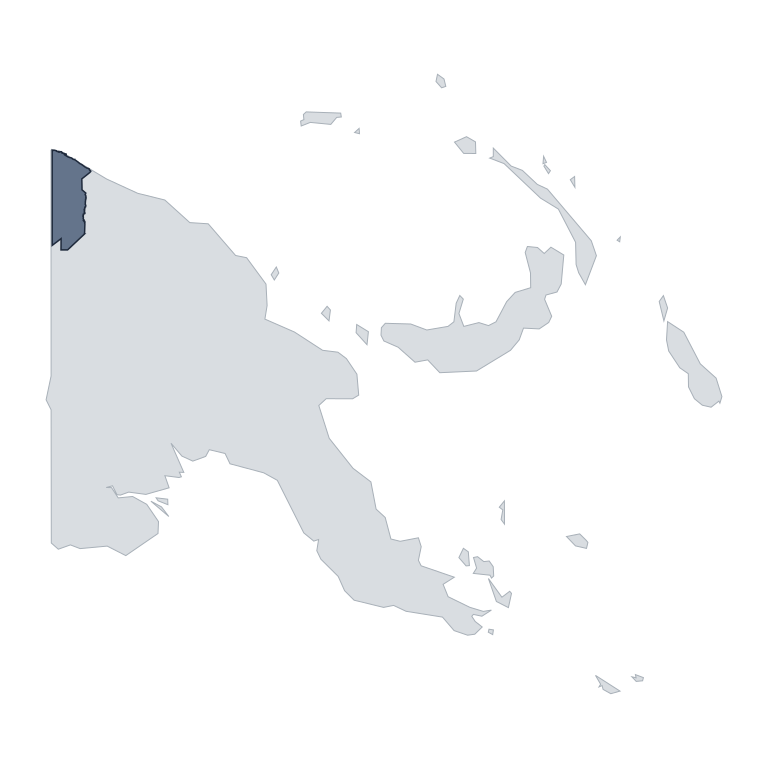 location of Vanimo/Green River District, Sandaun, Papua New Guinea
{"feature_id": "67681753B35177268475700", "entity_name": "Vanimo/Green River District", "entity_type": "district", "adm_level": 2, "iso_a3": "PNG", "parent_name": "Papua New Guinea", "parent_adm1": "Sandaun", "projection": "equal_earth", "projection_center": [141.584, -3.431], "detail": "fine", "context": "in_parent", "style": "filled", "palette": "slate", "viewbox_px": 768, "rotation_deg": 0, "n_neighbors": 0, "source": "geoboundaries", "source_scale": "gbopen_adm2", "svg_char_len": 7477}
<svg xmlns="http://www.w3.org/2000/svg" viewBox="0 0 768 768"><path d="M51.3,543.0L51.1,409.8L46.1,399.8L51.1,376.0L51.0,150.3L60.5,151.4L106.6,179.0L137.7,193.3L164.8,200.0L189.8,222.6L208.2,223.8L235.6,255.5L246.6,257.7L266.0,284.1L267.1,305.5L264.9,319.1L294.4,332.0L322.6,350.3L337.9,352.2L346.4,358.6L356.9,374.2L358.7,395.1L352.6,398.8L326.2,398.7L318.8,405.5L329.2,438.3L353.0,468.3L370.9,481.9L376.1,509.1L385.2,517.5L390.9,539.0L400.2,541.3L418.4,537.8L421.2,546.7L418.4,560.3L421.1,565.8L454.3,577.2L443.1,584.3L448.1,596.7L469.8,607.3L483.3,611.4L491.4,610.1L481.9,616.2L473.4,614.4L471.8,616.3L475.2,621.5L482.2,627.0L474.8,634.2L467.6,635.2L454.1,630.6L442.5,617.1L406.1,611.3L393.6,605.4L383.6,607.4L354.1,600.2L344.6,590.7L338.2,576.4L320.9,559.2L316.8,550.7L318.6,539.5L313.8,541.1L303.8,532.9L277.3,480.3L263.7,472.8L230.0,463.8L225.1,453.5L209.3,449.7L205.7,456.4L192.8,461.1L181.9,456.1L171.0,443.2L183.8,472.4L179.3,472.2L181.4,476.8L179.0,477.5L164.9,475.7L169.1,487.8L145.9,494.4L128.7,492.1L120.4,495.1L117.0,494.7L112.5,485.8L106.2,487.5L111.5,487.6L118.2,497.9L132.6,496.5L146.7,504.3L158.5,521.6L158.0,533.5L125.8,555.6L107.2,546.1L80.1,548.6L70.4,544.9L58.3,549.2L51.3,543.0ZM537.5,247.5L544.2,253.5L550.9,247.2L563.8,255.0L561.2,284.0L557.0,292.0L546.0,295.0L544.6,299.3L551.7,316.3L548.7,322.5L539.2,328.9L523.5,328.1L519.2,339.9L510.5,350.3L476.5,371.0L439.8,372.7L427.7,359.9L415.0,362.2L398.1,347.2L383.9,341.0L381.0,335.2L381.4,327.7L385.3,323.3L410.7,324.0L426.8,330.0L448.0,326.4L453.9,321.8L456.2,303.2L459.8,295.5L463.3,299.1L458.9,313.5L463.8,326.4L478.9,322.6L488.5,325.6L496.0,321.8L506.7,301.6L515.2,292.4L530.7,287.7L530.5,272.9L525.2,252.5L527.4,246.5L537.5,247.5ZM721.9,396.6L719.9,403.2L718.9,401.1L711.1,407.2L702.3,405.2L694.4,398.7L688.5,386.9L688.3,373.7L679.8,367.8L668.7,351.0L666.5,339.9L667.6,321.6L683.8,332.2L700.3,363.9L716.1,378.1L721.9,396.6ZM596.4,255.7L585.4,284.7L578.7,272.8L576.1,264.5L575.6,242.3L558.4,209.1L540.5,198.1L504.1,163.6L489.7,158.1L493.3,156.6L493.3,148.1L511.2,166.1L522.4,170.4L537.3,184.4L547.4,189.1L591.3,240.8L596.4,255.7ZM306.2,111.9L340.7,113.1L341.3,117.0L336.7,117.4L330.8,124.4L310.3,122.4L301.2,126.0L300.6,121.1L303.9,119.6L303.4,114.5L306.2,111.9ZM477.6,556.7L483.8,561.6L489.2,561.0L493.2,566.7L493.7,576.0L491.5,578.1L490.0,575.2L473.3,573.4L476.6,568.1L473.5,557.5L477.6,556.7ZM475.8,153.5L463.7,153.4L454.5,142.1L466.5,136.7L475.5,141.9L475.8,153.5ZM501.9,597.2L509.7,591.3L511.5,593.4L508.4,607.6L496.4,601.5L488.4,578.5L501.9,597.2ZM566.5,536.5L579.7,533.9L586.0,540.1L587.9,542.4L586.5,548.4L575.5,545.9L566.5,536.5ZM595.5,675.4L620.0,691.1L610.8,693.7L603.1,689.4L602.1,685.6L599.0,686.9L600.6,684.2L595.5,675.4ZM367.0,344.7L356.1,332.7L356.7,324.5L368.4,331.7L367.0,344.7ZM469.4,565.6L466.1,565.9L458.9,557.6L463.4,548.3L468.3,551.8L469.4,565.6ZM663.9,320.9L659.2,301.5L663.4,295.6L667.6,308.0L663.9,320.9ZM329.0,320.9L321.4,313.3L327.1,306.3L330.4,310.0L329.0,320.9ZM445.8,86.4L441.6,87.8L436.0,81.5L437.5,74.3L444.0,79.0L445.8,86.4ZM278.8,273.0L274.3,280.0L271.2,274.7L276.3,267.0L278.8,273.0ZM504.4,500.9L504.5,524.1L501.1,519.5L502.8,509.9L499.3,507.2L504.4,500.9ZM161.5,506.9L168.8,516.5L150.9,501.2L161.5,506.9ZM167.9,504.7L158.1,500.8L156.1,497.8L167.7,499.2L167.9,504.7ZM643.4,677.6L642.6,680.8L636.2,681.4L631.9,676.8L636.1,677.8L635.4,674.6L643.4,677.6ZM574.6,176.5L574.9,187.3L570.3,179.7L574.6,176.5ZM550.4,170.7L548.5,173.6L543.9,166.1L544.8,164.6L550.4,170.7ZM493.4,629.9L492.7,634.6L488.3,632.2L489.0,629.2L493.4,629.9ZM546.5,162.4L543.0,163.7L543.6,156.3L546.5,162.4ZM359.1,128.4L359.5,133.7L354.6,132.5L359.1,128.4ZM620.3,236.9L619.7,241.8L617.1,240.2L620.3,236.9Z" fill="#d9dde1" stroke="#a8b0b8" stroke-width="1"/><path d="M90.8,171.4L90.8,171.1L90.7,171.0L90.5,170.8L90.3,170.7L90.2,170.6L89.8,170.3L89.8,170.2L89.7,170.1L89.5,169.9L89.4,169.8L89.3,169.3L89.4,169.2L89.2,168.9L88.8,168.8L88.7,168.6L88.1,168.4L87.7,168.3L87.2,168.1L86.9,168.0L86.7,168.0L86.4,167.9L86.1,167.6L85.8,167.4L85.7,167.3L85.0,167.0L84.5,166.6L84.4,166.5L84.1,166.3L83.9,166.2L83.6,166.0L83.3,165.7L83.0,165.5L82.9,165.4L82.7,165.3L82.4,165.1L82.3,164.9L82.1,164.8L81.9,164.6L81.7,164.6L81.5,164.4L80.9,164.2L80.6,164.6L80.7,164.3L80.8,164.1L80.7,164.0L80.0,163.7L79.4,163.2L78.9,162.8L78.6,162.6L78.4,162.4L77.6,161.7L77.4,161.6L77.6,161.6L77.1,161.4L76.2,160.7L75.9,160.5L75.7,160.3L75.2,160.0L74.7,159.7L74.3,159.6L73.9,159.5L74.0,159.4L73.6,159.4L73.3,159.3L72.7,159.0L72.6,158.9L72.5,159.0L72.4,159.2L72.4,159.3L72.4,159.2L72.5,158.8L72.5,158.6L72.4,158.5L72.1,158.3L71.6,158.1L71.3,157.9L71.1,157.8L70.5,157.7L69.8,157.6L69.3,157.4L69.0,157.3L68.4,157.1L68.0,156.9L67.9,156.7L67.7,156.7L67.4,156.6L67.1,156.4L66.9,156.2L66.7,156.0L66.4,156.0L66.3,155.8L66.1,155.8L66.0,155.7L65.9,155.4L65.9,155.1L66.1,154.9L66.2,154.7L66.2,154.3L66.1,154.2L66.0,153.9L65.8,153.9L65.7,153.9L65.6,154.0L65.5,154.3L65.5,154.5L65.6,154.9L65.6,155.0L65.4,155.2L65.2,155.2L64.8,155.0L64.5,154.8L64.4,154.7L64.3,154.4L64.3,154.2L64.5,153.9L64.7,153.7L64.4,153.5L64.2,153.7L63.9,153.3L63.6,153.2L63.4,153.2L63.2,153.4L62.8,153.3L62.7,153.1L62.5,152.8L62.5,152.7L62.3,152.5L62.2,152.5L61.9,152.7L61.8,152.2L61.4,151.7L60.7,151.8L60.5,151.7L60.4,151.7L60.0,151.9L59.9,151.9L59.8,152.1L59.6,152.2L59.3,152.1L59.0,152.1L58.8,151.8L58.7,151.8L58.7,151.7L58.5,151.8L58.5,151.7L58.4,151.5L58.2,151.5L57.9,151.4L57.2,151.4L56.8,151.4L56.6,151.3L56.5,151.2L56.4,150.9L56.3,150.7L56.1,150.7L55.8,150.6L55.7,150.6L55.3,150.6L54.9,150.2L54.0,150.2L53.8,150.2L53.6,150.1L53.2,150.3L52.9,150.6L52.8,150.4L52.7,150.3L52.4,150.1L52.2,150.0L52.2,245.4L61.1,238.6L61.0,249.9L67.6,249.9L84.5,234.0L84.3,234.0L84.3,233.9L84.6,232.5L84.9,223.7L84.7,223.5L84.7,223.3L84.7,223.1L84.7,222.8L84.7,222.7L84.8,222.6L84.7,222.5L84.8,222.4L84.8,222.0L84.9,221.8L84.8,221.7L84.7,221.8L84.4,221.6L84.4,221.3L84.2,221.4L84.0,221.2L83.9,221.1L84.1,221.1L84.1,220.9L84.0,220.7L83.9,220.6L84.0,220.5L84.0,220.3L83.9,220.3L83.8,220.0L83.8,219.9L83.7,219.9L83.7,219.7L83.6,219.4L83.4,219.2L83.3,218.9L83.2,218.8L83.2,218.7L83.2,218.4L83.3,218.4L83.3,218.1L83.3,217.9L83.4,217.7L83.3,217.4L83.3,217.2L83.2,216.9L83.1,216.7L82.9,216.4L82.9,216.2L83.0,216.0L83.3,216.0L83.3,215.8L83.3,215.7L83.3,215.3L83.2,215.2L83.3,215.1L83.2,214.9L83.2,214.7L83.3,214.1L84.5,213.8L84.5,213.7L84.8,213.5L84.9,213.4L84.8,213.2L84.7,213.0L84.7,212.9L84.7,212.6L84.8,212.5L84.7,212.3L84.4,212.3L84.5,212.0L84.5,211.9L84.5,211.7L84.4,211.6L84.4,211.4L84.5,211.2L84.4,211.1L84.5,211.0L84.4,210.9L84.4,210.7L84.3,210.4L84.4,210.2L84.3,209.8L84.6,209.9L84.6,209.6L84.6,209.3L84.7,209.2L84.8,208.9L84.7,208.7L84.7,208.1L84.8,208.0L84.9,207.9L84.8,207.5L84.8,207.4L85.0,207.3L85.0,207.2L85.1,206.9L85.3,206.9L85.4,207.0L85.6,206.9L85.7,206.6L85.6,206.3L85.6,206.2L85.7,205.9L85.8,205.7L85.7,205.1L85.5,204.7L85.3,204.5L85.4,204.3L85.4,204.2L85.3,203.7L85.3,203.3L85.3,203.2L85.4,202.8L85.4,202.7L85.4,202.4L85.3,202.2L85.3,201.8L85.4,201.4L85.5,201.3L85.5,201.2L85.6,200.8L85.6,200.6L85.5,200.3L85.5,200.2L85.5,199.9L85.5,199.7L85.6,199.3L85.6,199.2L85.9,199.1L85.9,198.8L85.9,198.7L86.0,198.5L86.0,198.4L86.0,198.2L86.1,197.9L85.9,197.8L85.9,197.7L85.8,197.4L85.7,197.2L85.8,196.9L85.8,196.6L85.9,196.4L86.0,196.2L85.9,195.9L85.8,195.7L85.6,195.5L85.5,195.2L85.4,194.8L85.4,194.7L85.2,194.6L85.4,194.1L85.5,193.9L85.5,193.7L85.6,193.4L85.8,193.1L82.0,189.8L82.0,187.2L81.8,178.9L89.7,172.6L90.8,171.4Z" fill="#64748b" stroke="#1e293b" stroke-width="1.5"/></svg>